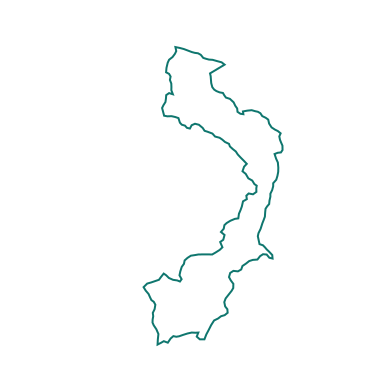 the district of Santo André, São Paulo, Brazil, rotated 240°
{"feature_id": "56859067B67928479043835", "entity_name": "Santo André", "entity_type": "district", "adm_level": 2, "iso_a3": "BRA", "parent_name": "Brazil", "parent_adm1": "São Paulo", "projection": "orthographic", "projection_center": [-46.438, -23.712], "detail": "fine", "context": "isolated", "style": "outline", "palette": "teal", "viewbox_px": 384, "rotation_deg": 240, "n_neighbors": 0, "source": "geoboundaries", "source_scale": "gbopen_adm2", "svg_char_len": 3136}
<svg xmlns="http://www.w3.org/2000/svg" viewBox="0 0 384 384"><g transform="rotate(240 192 192)"><path d="M286.0,283.9L289.5,282.5L292.7,279.3L296.2,275.9L298.2,272.9L300.4,270.7L302.5,268.8L306.4,268.2L309.1,266.6L311.1,264.0L313.3,261.8L316.5,259.2L319.9,256.4L322.8,253.5L325.8,250.1L321.9,248.8L320.2,246.3L318.6,242.6L318.0,238.3L316.1,235.6L312.3,232.0L308.6,229.4L305.8,231.2L302.7,231.2L300.1,228.9L296.3,228.3L293.1,226.6L290.5,225.0L286.2,224.3L289.1,221.6L288.8,218.1L286.0,216.2L283.2,214.0L281.4,210.6L279.7,208.1L276.0,207.1L272.0,206.0L269.8,208.6L267.9,212.2L265.4,214.9L262.8,217.2L258.1,216.2L255.4,216.8L253.0,219.1L250.1,219.7L248.0,221.9L250.0,225.1L249.6,228.7L246.8,231.6L242.1,233.3L238.7,233.5L236.4,235.6L232.4,238.9L228.5,239.7L225.2,243.0L222.3,244.4L218.8,245.6L215.2,248.1L212.5,247.6L209.0,248.7L205.2,250.2L201.6,250.4L197.7,251.3L193.2,252.5L189.0,253.5L187.9,249.8L184.7,246.1L180.8,247.6L175.7,247.6L171.8,249.9L167.7,250.0L165.1,251.2L163.0,249.5L159.9,247.8L159.5,243.7L162.4,240.3L161.6,237.2L158.4,235.9L158.4,231.5L154.5,227.9L152.0,224.9L149.7,221.8L146.0,218.9L147.3,215.7L147.9,210.9L147.8,206.5L147.1,203.5L144.3,201.1L142.9,197.1L138.5,198.7L135.0,195.2L134.6,191.4L128.9,190.7L128.0,187.0L127.8,182.1L127.8,178.2L130.2,174.3L132.8,169.7L134.7,166.3L135.9,163.0L137.4,159.2L137.2,155.2L136.4,151.4L133.8,149.1L132.3,145.7L129.1,142.2L126.1,139.5L121.7,139.4L120.5,136.8L122.8,135.0L125.4,131.7L129.1,129.0L132.8,128.0L135.5,126.7L133.8,122.4L132.5,119.5L134.1,111.4L135.1,107.4L133.8,102.5L129.7,102.6L125.4,103.4L121.6,103.0L118.7,102.8L116.0,104.0L112.7,103.9L109.2,101.0L106.9,97.6L103.8,96.3L101.2,94.1L98.6,92.5L95.6,92.2L90.9,92.5L85.8,91.9L81.4,88.7L77.1,85.9L76.9,89.5L76.9,93.0L73.6,95.7L75.8,100.2L76.5,103.8L74.5,106.0L73.5,108.7L72.7,112.9L71.7,117.4L70.4,121.5L68.4,124.6L67.1,127.2L64.4,123.8L60.5,125.1L58.2,129.1L61.5,133.2L64.0,137.2L67.2,142.1L69.7,146.9L69.4,151.3L69.9,155.1L69.0,158.7L69.6,162.5L72.8,164.0L76.3,163.5L80.5,164.9L83.0,167.9L84.8,172.4L86.6,176.9L88.2,179.7L91.8,181.9L96.0,181.4L99.8,181.5L102.8,184.6L103.0,188.4L100.3,192.1L100.3,195.9L102.7,198.7L103.0,202.9L103.6,207.0L102.8,210.7L100.8,214.9L102.4,218.9L102.6,222.4L100.5,225.4L96.4,226.1L94.1,228.5L97.3,230.0L101.9,228.9L104.9,228.0L107.7,227.5L110.4,226.8L113.1,224.4L117.7,225.9L120.8,226.9L123.1,229.0L125.8,233.0L129.8,237.4L131.7,239.8L134.2,242.8L137.8,245.2L140.7,247.3L142.0,249.9L143.0,252.8L145.8,254.8L148.7,257.5L151.3,259.0L153.6,262.4L156.4,265.2L159.0,266.7L160.5,271.1L163.2,274.0L166.3,276.7L169.9,278.9L174.6,281.1L178.8,281.5L183.6,282.5L183.1,285.9L181.8,288.8L183.1,291.4L186.9,293.5L190.4,293.9L193.2,294.3L196.5,295.4L198.5,298.1L201.9,296.8L204.6,295.0L208.2,293.2L212.7,293.0L216.6,294.2L219.5,292.9L222.6,290.8L226.0,290.6L228.5,289.2L230.5,287.0L233.0,284.6L234.8,280.6L236.3,276.4L233.7,275.4L235.6,273.0L238.7,271.5L241.8,272.9L245.1,272.6L248.8,272.9L253.7,271.4L256.8,268.6L259.5,268.3L262.3,268.3L264.5,265.7L267.2,263.6L269.6,262.4L272.6,262.0L276.7,263.1L280.3,264.8L283.0,266.1L285.7,266.9L286.0,283.9Z" fill="none" stroke="#0f766e" stroke-width="2"/></g></svg>